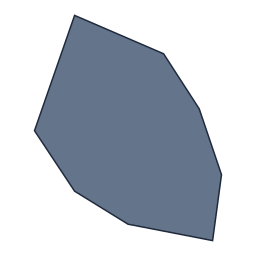 the state/province of Balzan
{"feature_id": "MLT-5930", "entity_name": "Balzan", "entity_type": "state/province", "adm_level": 1, "iso_a3": "MLT", "parent_name": "Malta", "parent_adm1": "", "projection": "albers", "projection_center": [14.452, 35.895], "detail": "fine", "context": "isolated", "style": "filled", "palette": "slate", "viewbox_px": 256, "rotation_deg": 0, "n_neighbors": 0, "source": "natural_earth", "source_scale": "10m", "svg_char_len": 233}
<svg xmlns="http://www.w3.org/2000/svg" viewBox="0 0 256 256"><path d="M74.6,15.4L163.6,53.8L199.2,108.8L221.5,174.7L212.6,240.6L128.0,224.2L74.6,191.2L34.5,130.7L74.6,15.4Z" fill="#64748b" stroke="#1e293b" stroke-width="1.5"/></svg>